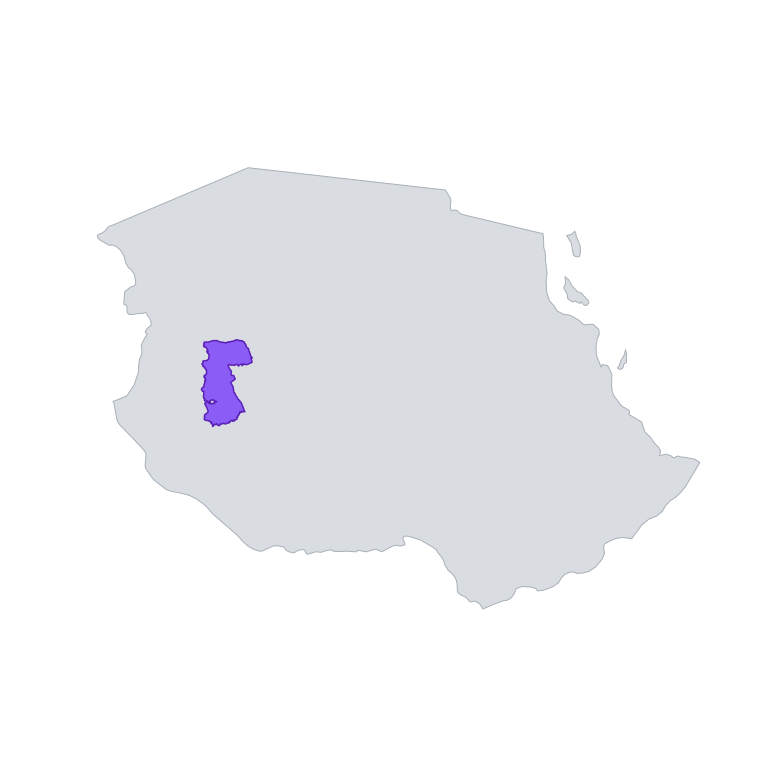 Kaliua, Tabora, United Republic of Tanzania (highlighted), rotated 337°
{"feature_id": "72390352B29601163251764", "entity_name": "Kaliua", "entity_type": "district", "adm_level": 2, "iso_a3": "TZA", "parent_name": "United Republic of Tanzania", "parent_adm1": "Tabora", "projection": "albers", "projection_center": [31.783, -4.945], "detail": "fine", "context": "in_parent", "style": "filled", "palette": "violet", "viewbox_px": 768, "rotation_deg": 337, "n_neighbors": 0, "source": "geoboundaries", "source_scale": "gbopen_adm2", "svg_char_len": 9596}
<svg xmlns="http://www.w3.org/2000/svg" viewBox="0 0 768 768"><g transform="rotate(337 384 384)"><path d="M292.7,527.6L285.1,523.6L278.1,521.1L272.5,518.4L270.0,515.7L264.7,514.7L260.1,514.3L255.8,511.8L247.1,510.9L246.1,509.3L246.0,505.6L244.5,504.7L241.3,503.8L237.9,503.8L235.8,504.3L234.5,504.1L231.7,501.9L229.1,499.2L228.1,494.9L224.1,492.1L219.4,489.9L206.6,490.1L204.6,489.5L201.6,487.3L198.0,483.6L195.2,479.5L192.6,473.9L190.0,466.3L175.3,436.0L173.7,430.3L170.9,423.9L166.1,416.1L161.1,410.3L154.4,405.1L146.7,399.9L142.5,396.3L134.6,382.1L132.9,375.4L131.7,368.5L132.2,365.7L137.1,356.7L137.6,354.2L137.0,350.8L134.5,343.7L131.4,335.1L125.1,319.4L124.1,315.4L124.2,312.4L127.9,296.4L127.8,294.2L142.6,294.5L153.4,287.4L162.7,277.0L164.6,272.6L168.4,265.9L172.2,262.5L173.6,260.2L175.7,253.5L180.7,249.0L185.5,245.5L184.5,243.0L185.2,242.1L187.8,240.3L192.9,238.7L193.9,235.2L193.9,231.2L193.0,229.0L193.2,226.5L192.4,225.0L189.1,224.7L184.1,222.7L179.9,221.9L177.1,220.7L176.1,219.9L175.6,217.5L177.9,211.4L175.6,208.9L180.8,198.7L181.7,197.5L183.6,197.3L186.5,196.3L189.3,195.8L191.5,196.2L193.2,195.7L194.7,194.6L195.9,191.1L196.9,185.4L196.3,180.7L194.2,177.1L193.6,171.6L194.6,164.2L193.8,158.1L191.5,153.2L189.0,150.3L185.3,148.9L179.4,141.4L177.6,137.8L178.0,135.5L180.0,134.6L183.7,134.9L187.2,134.0L190.5,132.0L193.6,131.4L195.3,131.7L343.4,131.8L515.6,229.1L516.4,230.2L517.6,238.5L517.3,241.4L514.6,246.1L513.8,248.6L513.8,250.3L514.4,251.0L516.7,251.3L518.6,252.4L519.3,253.3L520.7,257.0L522.6,258.8L587.6,306.7L589.1,307.4L588.1,311.4L584.3,321.0L584.0,325.0L582.6,329.7L581.1,332.8L577.2,346.2L574.0,351.3L569.6,363.1L568.8,372.2L571.1,378.5L571.9,384.5L576.9,390.4L580.9,392.5L583.6,395.2L588.3,401.4L591.0,407.5L599.7,410.6L603.0,417.5L601.7,422.2L597.7,426.0L593.8,432.3L590.7,440.6L590.5,453.3L592.6,451.4L597.1,454.6L597.6,463.9L592.7,474.8L591.2,479.8L590.9,484.2L594.2,497.3L599.3,504.0L598.9,506.0L597.6,507.8L606.3,519.6L605.4,529.8L608.6,537.8L610.0,544.6L612.1,549.9L612.5,553.6L609.7,557.6L616.2,558.7L619.9,562.0L621.7,565.2L626.4,565.1L628.9,567.3L632.5,569.1L640.4,574.5L642.6,577.2L643.9,579.8L621.5,596.2L613.5,600.4L607.8,602.3L601.7,603.4L595.9,605.9L590.3,610.0L583.3,612.0L574.8,611.9L565.8,614.7L551.6,623.2L543.4,618.3L537.0,616.8L529.6,616.9L525.1,617.4L523.4,618.4L522.0,621.3L520.8,626.1L515.9,630.7L507.3,635.1L499.5,636.6L492.3,635.5L487.4,633.6L484.9,631.0L481.2,629.8L476.3,629.9L471.5,631.7L467.0,635.2L459.7,636.6L449.9,636.1L444.5,634.4L443.8,631.5L439.5,628.1L431.6,624.2L425.7,624.1L422.0,627.7L418.5,630.1L415.4,631.0L412.6,631.1L408.6,630.1L397.7,629.6L387.3,629.7L386.3,624.3L384.2,621.0L382.3,619.1L378.7,618.6L377.7,617.1L376.6,613.7L374.8,610.9L372.5,608.5L371.1,606.3L370.6,604.3L371.0,602.1L373.2,596.6L373.9,592.8L373.7,589.0L372.5,585.0L370.0,580.3L370.3,578.9L369.5,575.7L369.4,573.5L369.9,570.6L369.5,566.9L367.4,559.1L367.4,557.0L365.1,553.2L358.3,544.1L358.0,543.0L347.2,533.8L342.8,531.8L341.3,533.5L340.7,535.1L341.1,538.0L340.8,539.5L340.4,540.1L337.8,540.0L336.2,539.7L332.1,537.2L328.9,536.6L321.0,537.0L318.2,537.6L316.0,537.0L311.8,532.9L306.9,532.0L302.5,531.7L295.2,527.0L292.7,527.6ZM601.2,377.4L604.6,387.5L604.2,389.4L601.6,390.5L600.3,390.6L598.7,389.0L597.7,385.6L595.7,386.3L592.5,382.3L589.3,382.0L586.5,377.2L587.6,373.0L587.0,365.8L590.6,362.2L592.6,356.0L594.8,360.2L595.3,366.8L598.2,374.6L601.2,377.4ZM619.2,317.9L619.4,320.2L618.7,322.5L618.7,329.6L618.4,334.3L615.6,340.8L613.4,343.1L611.5,342.4L609.9,341.3L608.7,339.5L611.4,327.5L610.2,318.7L615.2,319.6L619.2,317.9ZM610.2,462.5L607.7,463.1L606.7,462.4L605.2,460.5L607.9,458.8L610.6,455.6L616.7,450.9L619.6,447.1L619.1,450.8L615.6,458.9L612.6,459.4L610.2,462.5Z" fill="#d9dde1" stroke="#a8b0b8" stroke-width="1"/><path d="M224.5,294.5L224.4,294.4L224.2,294.6L224.3,294.8L224.7,295.1L224.8,295.4L224.6,296.0L224.7,296.4L224.4,296.6L224.5,296.8L224.4,297.1L224.7,297.5L224.8,297.7L225.1,297.8L225.2,298.2L225.1,298.5L225.4,298.6L225.2,299.2L225.5,300.3L225.9,300.5L225.9,300.8L225.7,300.9L225.6,301.4L226.0,302.2L225.6,303.1L225.6,303.4L225.4,303.6L225.2,304.0L224.8,304.4L224.8,305.0L224.4,305.1L224.3,305.4L223.1,306.1L222.8,305.8L222.0,305.8L221.7,306.5L221.1,307.0L221.3,307.4L221.2,307.8L221.5,308.1L221.3,308.2L221.3,309.0L221.7,309.0L221.4,309.7L221.4,310.2L221.5,310.3L221.5,310.8L221.0,311.0L220.9,310.9L220.5,310.9L220.6,311.3L219.9,311.8L219.7,312.6L219.0,313.2L218.7,313.8L218.0,314.5L217.5,315.1L217.4,315.6L217.4,316.0L217.0,316.2L215.8,316.3L214.9,316.6L214.1,317.2L213.9,317.6L213.8,318.0L214.1,319.7L214.6,319.9L215.0,320.3L215.1,320.6L214.6,321.5L214.5,322.6L214.0,323.1L213.4,324.0L213.3,324.4L212.8,325.1L212.8,326.0L212.5,326.9L212.5,327.1L213.1,327.5L213.3,327.9L213.2,328.3L212.4,329.0L212.5,329.8L212.8,330.1L213.8,330.4L214.3,330.3L214.8,330.7L214.6,330.9L214.8,331.5L215.6,332.0L216.0,332.0L216.2,331.9L216.6,331.8L216.5,332.5L216.0,332.7L216.0,332.9L216.5,333.6L217.0,333.1L216.9,332.6L217.0,332.1L217.3,331.8L219.2,331.1L219.5,331.3L219.7,331.9L220.6,331.9L220.9,332.0L221.9,333.8L222.9,334.6L222.9,334.9L222.5,335.0L221.7,334.4L220.8,334.8L220.8,334.3L220.6,334.2L220.3,334.4L220.3,334.6L220.5,334.9L220.3,335.6L219.6,335.1L218.8,335.3L218.3,335.2L217.0,334.3L216.2,334.2L215.5,333.9L215.3,333.4L215.4,332.8L214.9,332.0L214.4,331.5L213.5,331.3L213.0,331.6L212.9,332.0L212.7,332.1L212.3,331.9L211.7,331.8L211.3,332.0L211.7,337.8L211.5,338.6L211.6,339.7L211.5,340.4L210.8,341.1L210.4,341.2L209.8,341.6L209.0,341.8L207.7,341.9L206.7,342.6L206.6,342.9L206.0,343.4L206.2,344.0L206.2,344.4L206.0,344.7L205.3,345.2L204.7,346.1L205.0,346.6L205.1,347.1L205.5,347.6L206.5,348.4L207.9,349.0L208.1,349.2L208.3,349.9L208.6,350.1L209.4,350.4L209.6,350.6L209.4,351.6L209.7,351.8L210.3,352.0L209.6,352.6L209.5,352.9L209.6,353.2L210.2,353.6L210.3,354.2L210.3,355.0L209.7,355.8L209.8,356.1L210.3,355.9L210.4,356.0L210.8,355.9L211.3,355.4L211.7,355.2L211.9,354.9L212.4,354.8L213.0,355.5L213.7,355.6L214.0,355.2L214.3,355.1L214.8,356.9L215.1,357.2L215.6,357.4L215.9,357.9L216.6,357.9L216.9,357.7L217.4,356.9L217.9,356.9L218.3,357.2L219.2,357.5L219.8,357.5L220.4,357.3L220.7,357.3L221.0,357.7L221.8,358.2L222.1,358.6L222.5,358.9L223.8,358.9L224.7,358.8L225.1,358.9L225.4,358.8L225.8,359.2L226.1,359.1L225.8,358.9L226.0,358.5L226.4,358.6L226.7,358.7L226.7,359.0L226.9,359.0L226.9,358.8L227.3,358.8L227.5,358.3L227.9,358.1L228.3,358.2L228.8,357.9L228.9,358.1L229.1,358.2L229.4,358.1L229.5,358.4L229.9,358.5L230.1,359.1L230.3,359.3L230.5,359.3L230.7,359.2L230.9,358.6L231.1,358.8L231.7,358.7L231.6,358.9L231.8,359.4L232.2,359.4L232.3,359.1L232.7,358.7L233.1,358.7L233.4,358.9L233.9,359.0L234.3,358.8L234.4,358.6L234.7,358.3L235.1,358.6L235.2,358.3L235.5,358.1L235.8,357.5L235.7,357.4L235.7,357.1L236.0,356.8L236.4,356.9L236.4,357.1L236.6,357.1L236.7,356.7L237.3,356.3L237.3,355.8L237.6,355.7L237.7,355.9L237.9,355.9L238.9,355.4L239.3,354.8L239.4,354.2L239.7,354.2L240.0,353.9L240.0,354.0L240.5,354.1L240.4,353.8L241.7,353.6L241.5,353.9L241.9,353.8L242.0,354.1L242.1,354.3L243.2,354.4L243.8,354.5L243.9,354.3L244.2,354.5L244.4,354.4L244.7,354.6L244.5,354.8L245.0,355.0L245.3,345.7L245.2,345.1L244.8,344.1L244.5,342.7L243.7,340.6L243.5,339.2L243.5,338.4L243.1,336.6L243.1,334.4L242.6,332.6L243.1,331.0L243.7,328.7L243.9,327.6L243.9,326.7L243.8,326.0L243.8,325.0L243.4,324.0L243.6,322.9L244.0,322.6L244.9,322.3L245.6,322.3L246.2,321.9L248.0,321.7L249.0,321.2L248.8,320.4L249.0,319.0L248.9,317.6L248.8,317.3L247.4,316.7L247.1,316.4L247.0,316.1L247.2,314.9L247.4,314.4L247.7,313.9L248.2,313.5L248.4,312.8L248.4,312.2L248.3,311.3L247.9,310.5L247.8,310.0L247.8,309.1L247.6,307.1L247.7,306.2L249.1,305.4L249.9,306.6L250.7,306.9L251.4,306.9L251.6,307.2L252.3,307.4L253.0,308.2L253.9,308.4L256.0,308.2L256.5,308.9L257.2,310.6L258.4,309.8L260.3,309.9L260.5,310.5L260.5,311.5L261.6,311.3L261.4,310.9L261.4,310.6L261.9,310.4L262.6,310.6L263.0,310.9L263.4,311.6L264.7,312.3L265.9,312.6L267.1,312.7L267.9,312.5L268.8,312.4L269.5,312.5L270.3,312.3L270.5,312.4L270.5,312.5L271.0,312.3L271.3,311.8L271.4,311.3L271.4,308.6L271.5,308.4L271.8,308.2L271.8,308.4L272.1,308.3L272.8,308.5L272.7,307.2L272.1,306.6L272.1,306.4L272.5,305.1L272.7,300.1L272.8,299.0L273.1,298.3L272.6,297.8L271.9,296.4L272.2,293.7L271.7,292.3L271.7,291.8L271.8,291.0L271.5,290.5L270.5,289.4L270.3,288.7L269.3,288.5L268.9,288.0L268.6,288.1L267.9,287.4L267.8,287.5L267.3,287.2L267.0,287.2L266.6,286.7L266.6,286.4L266.1,286.0L265.1,285.5L264.3,285.5L264.0,285.7L263.4,285.8L262.5,285.6L261.7,285.6L261.2,285.4L261.0,285.5L260.6,285.4L260.4,285.3L260.3,285.1L259.6,285.2L259.3,285.1L259.1,285.2L258.5,285.1L258.5,284.9L258.2,284.8L257.8,284.8L257.7,284.6L257.3,284.5L257.1,284.6L256.7,284.3L255.4,284.4L255.1,284.5L254.9,284.5L254.8,284.3L254.6,284.4L254.4,284.1L253.7,284.0L253.3,283.7L252.9,283.3L252.5,282.9L251.7,282.8L251.3,282.3L251.0,282.2L250.3,281.6L249.8,281.6L249.1,280.7L248.3,280.1L247.6,279.1L247.0,278.7L245.1,278.0L244.3,277.5L241.7,277.0L239.7,277.0L236.7,276.0L236.2,275.7L234.9,275.3L234.8,275.7L234.5,276.0L233.9,276.3L233.8,276.8L233.3,277.6L233.4,277.9L233.6,278.1L233.3,278.3L232.8,278.7L232.7,279.2L233.1,279.7L234.2,280.1L234.2,280.6L234.3,281.1L234.7,281.6L234.9,282.9L234.8,283.1L234.9,283.3L234.3,284.0L234.3,284.3L234.8,284.7L234.8,284.9L234.3,285.8L233.9,286.0L233.7,285.8L233.8,287.0L234.2,287.5L234.4,288.0L234.1,289.4L233.8,289.8L233.5,290.8L233.1,291.1L232.1,292.7L231.7,292.8L231.2,292.8L230.7,293.1L228.7,292.8L226.6,292.2L226.3,292.2L226.1,292.6L226.1,293.1L225.6,293.5L224.9,294.5L224.5,294.5Z" fill="#8b5cf6" stroke="#5b21b6" stroke-width="1.5"/></g></svg>